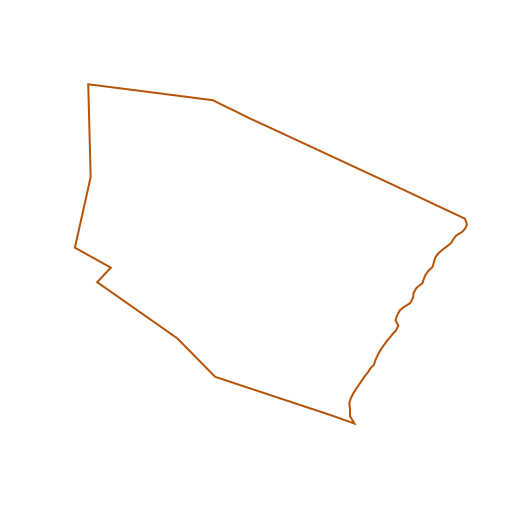 the district of São Miguel do Gostoso, Rio Grande do Norte, Brazil, rotated 102°
{"feature_id": "56859067B76662492887230", "entity_name": "São Miguel do Gostoso", "entity_type": "district", "adm_level": 2, "iso_a3": "BRA", "parent_name": "Brazil", "parent_adm1": "Rio Grande do Norte", "projection": "equal_earth", "projection_center": [-35.72, -5.191], "detail": "fine", "context": "isolated", "style": "outline", "palette": "amber", "viewbox_px": 512, "rotation_deg": 102, "n_neighbors": 0, "source": "geoboundaries", "source_scale": "gbopen_adm2", "svg_char_len": 925}
<svg xmlns="http://www.w3.org/2000/svg" viewBox="0 0 512 512"><g transform="rotate(102 256 256)"><path d="M122.9,455.8L212.9,434.2L219.9,434.2L285.5,434.9L297.6,395.6L314.6,405.9L352.9,315.9L371.4,287.9L382.7,270.8L396.2,149.2L397.0,143.3L399.4,124.9L393.0,130.8L386.7,132.0L380.9,134.1L376.0,133.8L370.4,132.4L364.9,130.3L357.5,127.3L351.2,124.8L347.2,122.7L341.7,120.5L338.0,118.1L332.7,117.5L325.9,115.9L319.8,113.8L315.6,111.9L311.2,110.0L307.7,108.0L303.7,106.1L299.7,103.6L294.6,102.3L289.8,106.2L284.5,105.6L279.3,104.0L275.1,100.7L269.9,95.3L263.8,93.7L259.4,94.2L253.6,92.3L247.9,87.5L243.5,87.1L239.5,86.3L234.8,84.4L230.2,81.1L225.1,80.7L220.3,80.4L215.9,78.5L210.9,74.7L206.7,71.1L202.8,67.9L198.3,66.3L194.1,64.3L189.6,59.4L185.5,57.0L181.2,56.2L176.1,59.4L156.8,141.7L127.3,270.3L122.5,291.7L118.6,306.6L116.0,317.5L114.5,323.4L112.6,330.5L122.9,455.8Z" fill="none" stroke="#b45309" stroke-width="2"/></g></svg>